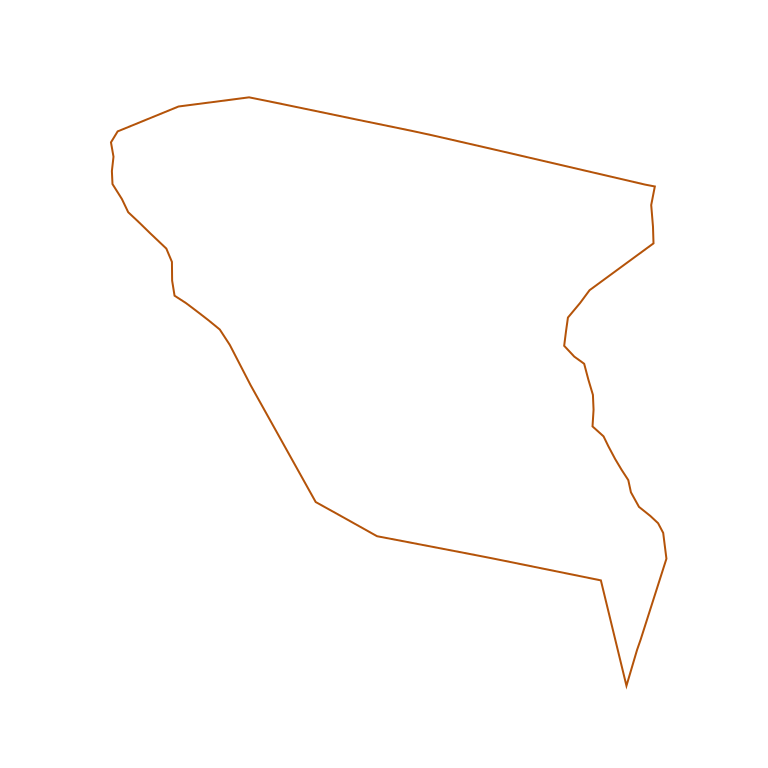 Amélia Rodrigues, Bahia, Brazil (Albers equal-area conic projection), rotated 8°
{"feature_id": "56859067B5389964969213", "entity_name": "Amélia Rodrigues", "entity_type": "district", "adm_level": 2, "iso_a3": "BRA", "parent_name": "Brazil", "parent_adm1": "Bahia", "projection": "albers", "projection_center": [-38.712, -12.439], "detail": "fine", "context": "isolated", "style": "outline", "palette": "amber", "viewbox_px": 768, "rotation_deg": 8, "n_neighbors": 0, "source": "geoboundaries", "source_scale": "gbopen_adm2", "svg_char_len": 926}
<svg xmlns="http://www.w3.org/2000/svg" viewBox="0 0 768 768"><g transform="rotate(8 384 384)"><path d="M624.7,150.7L614.7,150.2L458.7,136.3L397.0,131.0L376.8,129.5L321.3,126.0L245.0,121.0L210.5,118.9L141.9,137.8L85.1,170.9L80.0,182.7L84.5,196.6L84.9,211.0L87.3,223.8L98.7,237.3L106.8,249.5L119.4,258.4L131.5,267.3L149.6,280.2L157.0,292.6L159.8,311.1L164.3,325.7L176.8,331.5L188.3,337.9L200.8,345.0L213.8,352.9L225.9,366.8L252.1,403.8L332.8,510.4L361.7,521.5L398.3,535.7L498.6,540.7L515.6,541.6L626.1,548.3L666.1,649.1L671.6,612.1L673.7,601.5L688.0,517.7L683.9,502.6L681.2,492.6L674.8,483.7L666.1,477.6L653.6,470.2L643.6,456.9L639.3,445.2L631.3,436.0L623.4,426.2L614.9,414.5L608.7,405.3L596.4,397.0L595.1,380.3L592.4,365.7L585.8,351.3L579.4,336.1L568.6,330.4L557.1,321.1L556.9,306.1L556.9,292.6L566.9,276.5L574.5,262.5L631.3,207.2L628.5,190.9L623.7,169.6L624.7,150.7Z" fill="none" stroke="#b45309" stroke-width="2"/></g></svg>